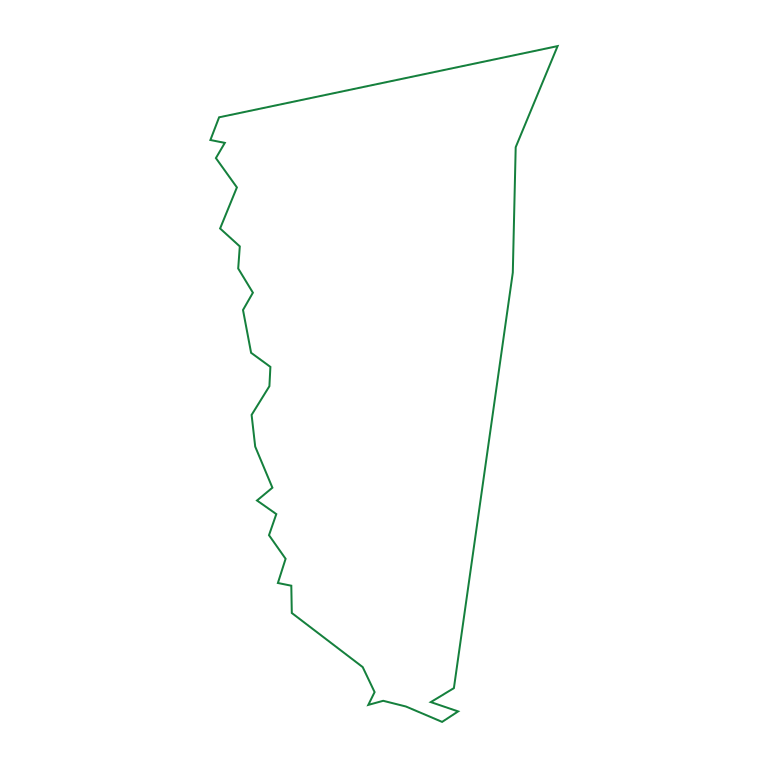 Montgomery, Georgia, United States of America
{"feature_id": "52423323B10770912620871", "entity_name": "Montgomery", "entity_type": "district", "adm_level": 2, "iso_a3": "USA", "parent_name": "United States of America", "parent_adm1": "Georgia", "projection": "albers", "projection_center": [-82.582, 32.151], "detail": "fine", "context": "isolated", "style": "outline", "palette": "green", "viewbox_px": 768, "rotation_deg": 0, "n_neighbors": 0, "source": "geoboundaries", "source_scale": "gbopen_adm2", "svg_char_len": 558}
<svg xmlns="http://www.w3.org/2000/svg" viewBox="0 0 768 768"><path d="M210.4,140.0L224.8,142.9L215.9,158.1L236.9,187.4L220.1,228.5L239.8,246.4L238.2,268.5L252.9,292.7L243.0,310.0L251.1,352.8L270.4,366.9L269.4,386.2L251.6,414.9L255.2,446.6L272.4,487.7L257.0,500.5L276.3,514.1L269.0,535.2L285.6,558.8L277.9,583.0L291.3,585.7L291.8,613.0L362.7,667.1L374.6,692.1L368.3,704.9L383.2,700.8L405.9,706.5L442.1,721.9L458.1,711.4L430.8,702.1L453.9,688.1L512.8,272.6L515.7,147.2L557.6,46.1L219.1,117.3L210.4,140.0Z" fill="none" stroke="#15803d" stroke-width="2"/></svg>